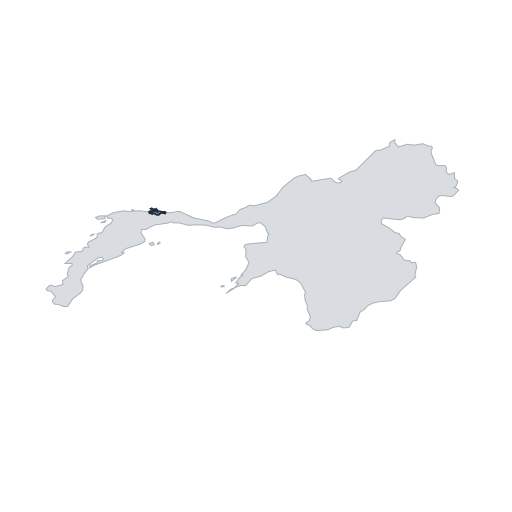 Mueang Ranong, Ranong, Thailand shown in context, rotated 79°
{"feature_id": "78962969B42401089458559", "entity_name": "Mueang Ranong", "entity_type": "district", "adm_level": 2, "iso_a3": "THA", "parent_name": "Thailand", "parent_adm1": "Ranong", "projection": "equal_earth", "projection_center": [98.553, 9.9], "detail": "fine", "context": "in_parent", "style": "filled", "palette": "slate", "viewbox_px": 512, "rotation_deg": 79, "n_neighbors": 0, "source": "geoboundaries", "source_scale": "gbopen_adm2", "svg_char_len": 7198}
<svg xmlns="http://www.w3.org/2000/svg" viewBox="0 0 512 512"><g transform="rotate(79 256 256)"><path d="M226.0,46.6L226.4,48.6L228.0,46.0L230.1,44.7L234.4,50.5L234.9,53.0L231.9,62.4L232.4,65.6L234.4,68.2L236.7,69.7L239.2,69.3L243.9,66.5L249.1,68.3L248.8,74.5L250.7,84.5L248.2,94.6L245.7,99.6L247.7,104.0L247.8,108.1L242.9,124.0L243.9,125.2L247.1,127.0L248.4,126.4L253.6,120.2L259.4,115.3L261.2,111.2L264.8,109.9L268.1,106.2L275.7,112.6L277.7,113.2L278.6,114.3L279.0,116.9L280.0,117.4L283.0,113.7L288.2,111.4L290.2,105.9L292.6,104.3L292.3,101.6L293.1,100.6L297.3,100.3L303.8,103.2L306.0,103.8L307.1,103.1L317.4,120.7L324.1,127.5L325.7,132.1L324.3,143.9L324.6,150.7L326.1,155.9L328.9,159.5L331.0,164.6L338.7,169.5L338.1,170.8L338.6,174.0L343.4,177.7L343.8,179.0L343.3,183.8L341.2,187.4L340.8,190.4L340.8,194.1L342.1,199.7L340.7,211.2L337.9,214.5L334.2,216.8L332.2,219.9L330.7,219.2L329.9,216.0L325.8,214.2L318.0,215.9L314.1,215.1L308.9,216.2L303.7,215.7L300.7,214.4L292.2,216.9L288.6,219.2L286.0,222.5L282.2,231.0L278.3,236.2L278.4,238.4L273.5,239.7L273.8,246.9L276.7,254.8L277.5,264.7L283.1,271.7L282.0,276.6L282.7,281.4L287.0,292.5L283.9,287.2L283.3,283.6L279.6,278.2L278.5,280.9L274.2,276.7L272.4,272.6L271.8,274.4L267.6,268.7L263.3,265.6L260.9,264.1L255.0,266.2L247.4,264.6L244.5,266.1L243.3,265.2L242.5,263.4L244.6,242.8L238.0,240.2L236.9,238.9L235.5,240.4L229.0,241.3L224.4,245.0L223.8,248.2L225.9,253.9L223.3,264.1L224.2,273.8L223.8,279.1L220.6,285.8L219.8,291.3L216.1,299.5L213.7,310.0L213.1,316.1L208.8,325.3L207.8,330.6L206.2,332.5L206.9,336.7L206.1,349.5L208.9,358.7L208.2,363.1L211.2,364.6L218.3,361.6L220.7,362.4L222.2,367.5L224.0,382.7L227.0,387.3L227.8,385.0L229.2,387.4L230.3,392.0L234.1,415.9L236.0,422.2L233.8,420.6L232.5,413.1L230.4,412.8L231.1,408.0L229.8,406.3L227.7,407.6L227.7,411.4L233.4,423.3L236.9,423.7L241.4,428.9L246.3,432.8L252.4,431.5L256.6,432.7L259.1,435.9L263.1,444.1L269.7,450.8L268.7,455.0L266.1,458.5L264.8,462.9L263.0,464.3L260.6,464.3L257.9,460.5L251.5,464.0L250.1,467.5L248.4,468.4L245.5,464.5L245.8,462.3L247.6,459.1L247.1,450.8L243.2,450.7L240.6,444.5L239.8,443.9L237.9,444.8L231.8,441.9L229.9,438.0L228.1,438.3L226.9,445.0L221.5,436.1L217.7,432.4L218.3,425.7L215.7,424.3L214.6,422.4L215.6,418.5L212.1,419.1L210.4,418.0L208.4,410.8L206.7,407.9L204.4,407.9L203.6,406.5L203.8,403.0L198.2,398.0L196.3,392.3L193.6,389.8L191.9,390.5L190.2,394.6L188.9,394.3L187.7,393.2L186.3,387.5L186.4,377.5L188.2,371.6L189.2,362.3L191.8,354.5L197.2,331.6L197.5,322.7L206.7,309.8L212.9,295.2L214.9,293.0L215.8,290.3L212.6,278.5L211.1,270.4L211.3,268.2L207.3,262.7L206.3,256.3L205.3,254.3L204.9,252.2L206.4,248.5L205.5,234.6L201.2,225.0L193.4,216.1L186.5,203.1L185.6,198.5L185.4,191.9L190.9,187.5L193.2,187.3L193.9,167.7L198.7,164.0L199.7,162.4L200.2,159.1L199.1,157.2L196.0,160.4L195.4,159.7L191.5,148.3L190.7,141.3L175.2,118.0L175.9,114.0L173.6,103.9L171.3,103.8L169.8,102.0L168.2,97.5L171.2,98.1L176.0,95.5L175.2,85.8L177.3,80.1L177.6,70.8L181.3,65.3L181.8,62.6L183.8,62.3L186.5,64.3L189.3,64.3L200.7,62.0L202.2,59.5L202.9,54.4L204.0,52.7L206.6,52.3L209.6,53.3L212.7,51.3L212.1,45.3L217.6,46.4L221.2,43.6L226.0,46.6ZM190.5,397.3L189.7,404.7L187.5,406.2L186.8,401.9L188.1,394.9L188.7,396.5L190.5,397.3ZM225.7,353.8L225.4,357.4L223.4,358.5L222.9,354.5L225.7,353.8ZM273.7,279.9L276.1,285.0L273.4,284.6L272.9,279.6L273.7,279.9ZM217.0,442.7L215.8,440.5L216.8,437.1L217.9,441.3L217.0,442.7ZM194.2,398.1L193.7,402.2L192.6,396.6L194.2,398.1ZM225.8,350.6L224.7,350.1L223.8,347.8L225.1,347.8L225.8,350.6ZM203.7,410.3L205.0,415.1L203.5,412.9L203.7,410.3ZM280.0,293.3L279.6,296.3L278.4,295.1L279.2,292.9L280.0,293.3ZM187.9,368.4L186.6,369.6L187.7,366.7L187.9,368.4Z" fill="#d9dde1" stroke="#a8b0b8" stroke-width="1"/><path d="M194.9,350.1L195.0,350.0L194.9,349.9L194.9,349.7L195.0,349.5L195.0,349.4L194.8,349.2L194.8,348.9L194.7,348.6L194.8,348.5L194.7,348.2L194.8,348.0L194.8,347.9L195.0,347.8L195.3,347.4L195.5,347.1L195.6,346.9L195.8,346.8L195.9,346.6L196.0,346.6L196.2,346.3L196.3,346.2L196.7,345.6L196.7,345.3L196.7,345.2L196.7,344.9L196.8,344.7L197.1,344.5L197.2,344.2L197.1,343.9L197.1,343.5L196.9,343.3L196.9,343.1L196.7,343.0L196.6,342.8L196.4,342.6L196.3,342.4L196.3,342.2L196.1,342.1L196.1,341.8L196.1,341.7L195.9,341.6L195.9,341.4L195.8,341.1L195.9,340.9L195.8,340.7L195.9,340.4L195.9,340.2L195.8,339.7L196.0,338.9L196.1,338.7L196.2,338.8L196.3,338.8L196.3,338.6L196.4,338.4L196.4,338.2L196.5,338.1L196.5,337.8L196.6,337.7L196.9,337.6L197.0,337.4L196.9,337.3L196.9,337.1L197.0,337.2L197.3,337.1L197.5,337.2L197.4,337.1L197.2,336.9L196.7,336.8L196.5,336.7L196.3,336.5L196.2,336.5L195.9,336.8L195.8,336.7L195.7,336.6L195.6,336.8L195.3,337.0L195.2,337.0L195.0,337.7L194.9,338.0L195.0,338.4L194.9,338.5L194.8,338.8L194.8,339.3L194.6,339.8L194.5,340.1L194.5,340.3L194.1,340.9L194.0,341.3L193.8,341.7L193.6,342.2L193.5,342.6L193.4,343.0L193.8,343.8L193.7,343.8L193.6,344.0L193.4,344.0L193.2,344.1L193.2,344.3L193.2,344.6L193.2,344.8L193.3,344.5L193.4,344.4L193.5,344.3L193.5,344.5L193.4,344.6L193.4,344.9L193.3,345.1L193.2,345.1L192.9,345.0L192.7,345.2L192.7,345.3L192.6,345.5L192.6,345.8L192.4,345.9L192.3,346.0L192.4,346.3L192.4,346.5L192.5,346.7L192.5,346.8L192.6,347.0L192.8,347.4L192.8,347.5L192.7,347.5L192.7,347.8L192.5,348.0L192.4,347.9L192.2,348.0L192.1,348.3L192.2,348.7L192.2,348.9L192.2,349.0L191.9,349.3L192.0,349.4L192.3,349.2L192.6,349.0L192.8,349.2L193.0,349.2L193.1,349.3L193.2,349.6L193.0,350.0L192.9,350.0L192.8,350.3L192.8,350.5L192.7,350.7L192.6,350.9L192.6,351.0L192.4,351.0L192.2,351.3L192.0,351.2L191.9,351.1L191.7,350.9L191.6,351.0L191.8,351.6L191.9,351.8L191.9,351.7L192.0,351.7L192.2,351.8L192.1,352.1L191.9,352.4L192.0,352.5L192.3,352.4L192.5,352.4L192.7,352.5L192.8,352.6L193.0,352.8L193.5,352.5L193.7,352.3L193.8,352.2L193.7,352.0L193.8,351.9L193.9,351.7L194.0,351.7L194.1,351.4L194.2,351.2L194.3,351.1L194.4,350.9L194.5,350.7L194.8,350.4L194.8,350.2L194.9,350.1ZM191.0,345.7L190.9,345.6L191.0,345.5L190.9,345.4L190.7,345.7L190.7,345.8L190.6,346.0L190.7,346.3L190.7,346.6L190.5,346.8L190.4,347.0L190.5,347.2L190.5,347.5L190.8,347.6L190.9,347.9L191.0,347.8L191.0,347.7L190.9,347.6L191.0,347.5L190.9,347.4L191.0,347.1L191.3,346.9L191.2,346.6L191.2,346.4L191.3,346.0L191.3,345.8L191.4,345.6L191.2,345.8L191.0,345.7ZM190.1,348.4L190.1,348.2L190.0,348.4L189.8,348.6L190.0,348.7L189.9,348.9L189.9,349.0L189.7,349.2L189.3,349.5L189.5,349.6L189.6,349.8L189.7,350.0L189.6,350.4L189.8,350.3L189.9,350.2L190.0,350.1L190.2,349.9L190.3,349.6L190.3,349.4L190.2,349.2L190.1,348.8L190.1,348.6L190.1,348.4ZM191.7,344.3L191.4,344.4L191.4,344.5L191.3,344.8L191.2,344.8L191.3,344.9L191.6,344.8L191.6,344.7L191.8,344.4L191.7,344.3ZM192.0,350.2L191.9,350.3L192.0,350.4L192.1,350.5L192.3,350.4L192.1,350.3L192.0,350.2ZM192.3,344.3L192.4,344.0L192.2,344.1L192.1,344.4L192.1,344.5L192.2,344.4L192.3,344.3L192.3,344.3ZM191.7,343.7L191.5,343.8L191.7,343.7L191.7,343.7ZM192.3,344.6L192.2,344.5L192.3,344.6ZM190.8,348.2L190.7,348.1L190.8,348.2ZM191.2,348.3L191.1,348.5L191.2,348.4L191.2,348.3ZM191.6,349.3L191.6,349.6L191.6,349.3ZM190.3,350.0L190.2,350.0L190.3,350.0L190.3,350.0ZM192.0,349.5L191.9,349.5L192.0,349.5Z" fill="#64748b" stroke="#1e293b" stroke-width="1.5"/></g></svg>